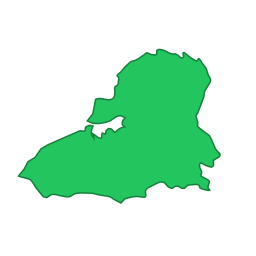 the Province of Cienfuegos, rotated 103°
{"feature_id": "CUB-1319", "entity_name": "Cienfuegos", "entity_type": "Province", "adm_level": 1, "iso_a3": "CUB", "parent_name": "Cuba", "parent_adm1": "", "projection": "equal_earth", "projection_center": [-80.492, 22.206], "detail": "fine", "context": "isolated", "style": "filled", "palette": "green", "viewbox_px": 256, "rotation_deg": 103, "n_neighbors": 0, "source": "natural_earth", "source_scale": "10m", "svg_char_len": 3126}
<svg xmlns="http://www.w3.org/2000/svg" viewBox="0 0 256 256"><g transform="rotate(103 128 128)"><path d="M199.6,223.7L198.9,223.6L191.2,219.9L183.2,217.8L177.7,212.0L167.9,208.1L162.1,201.9L141.7,174.5L141.3,173.4L141.3,172.1L141.2,170.7L140.4,169.3L139.6,169.1L137.3,169.6L136.5,169.3L134.5,167.0L133.9,165.4L134.0,162.4L136.6,163.1L139.9,162.9L143.1,161.7L145.6,159.0L142.7,159.9L141.7,160.6L142.4,158.4L143.5,156.3L144.2,154.2L144.2,152.1L142.7,151.4L140.5,152.1L138.8,152.0L139.0,148.7L135.3,148.7L132.9,146.9L132.7,143.8L135.4,140.0L130.9,136.5L129.1,134.4L127.7,131.4L126.4,134.0L124.1,134.9L121.3,134.5L118.6,133.0L117.6,138.3L119.4,141.8L125.0,146.9L127.8,151.6L130.2,157.3L131.4,163.4L130.3,169.3L122.2,165.5L107.3,166.0L105.9,163.3L105.5,161.7L105.2,158.9L105.1,154.5L104.9,153.2L104.5,152.0L104.0,151.0L102.6,149.2L101.4,148.6L99.4,148.4L95.5,149.0L92.8,149.9L91.1,150.0L90.2,149.6L89.0,148.1L88.0,147.6L86.3,147.6L84.9,147.9L81.9,148.0L81.2,148.3L80.6,148.9L80.2,149.7L79.6,150.3L78.9,150.3L77.6,149.6L75.0,147.6L68.5,144.3L62.6,140.1L60.5,136.2L58.2,133.5L50.4,126.5L51.2,121.9L51.0,119.8L50.7,118.8L50.6,117.7L50.4,117.1L50.0,116.8L49.3,116.8L46.3,117.3L45.5,117.0L45.0,116.5L44.6,115.7L44.3,114.4L44.1,112.1L44.3,110.2L44.7,108.0L45.7,104.5L45.9,102.5L45.9,101.2L45.4,99.6L45.1,98.6L45.4,97.3L45.9,95.8L47.4,93.0L47.7,91.7L47.4,90.7L46.7,90.2L46.2,90.0L45.7,90.0L45.1,90.2L44.2,90.7L43.3,91.1L42.5,91.2L42.1,91.0L41.9,90.5L42.3,89.2L45.2,83.3L45.9,81.6L47.1,77.5L47.2,76.4L46.9,75.9L46.1,75.4L45.2,75.2L44.6,74.9L44.6,74.4L46.0,72.3L48.2,70.3L49.2,69.1L49.8,68.3L52.0,65.7L53.2,64.8L57.1,62.5L59.4,60.8L60.1,60.0L61.7,58.6L63.2,58.3L65.3,58.4L74.7,61.5L76.1,61.6L80.5,61.1L97.7,63.4L99.5,64.2L100.4,64.4L101.6,64.3L105.8,61.8L107.1,61.3L108.2,61.0L109.8,60.8L110.6,60.5L111.4,59.5L112.6,57.4L116.7,47.8L117.3,46.8L121.1,43.6L128.9,37.9L131.2,34.7L131.7,33.7L132.4,32.9L133.3,32.3L134.8,32.4L135.8,32.9L140.3,37.5L144.9,36.3L146.5,36.7L147.4,38.1L147.3,41.7L146.9,44.1L146.0,47.4L145.8,48.5L146.0,49.2L146.3,49.8L147.1,50.1L148.1,50.0L150.2,49.2L151.4,48.4L153.5,46.7L154.4,46.3L155.4,46.2L156.8,46.3L157.9,46.2L158.5,45.8L158.8,45.1L160.2,39.5L160.9,37.8L161.5,36.9L162.2,36.6L163.3,36.6L165.9,36.9L167.1,36.8L168.2,36.6L168.8,36.1L169.6,34.9L170.1,34.4L170.5,35.2L170.8,36.8L170.8,41.2L170.5,43.4L170.1,44.6L169.5,44.9L168.8,45.2L168.2,45.6L167.6,46.2L167.5,47.5L167.8,49.7L169.8,55.7L170.5,57.0L174.1,59.5L174.6,62.1L173.9,64.3L173.6,66.1L173.7,67.5L174.5,69.3L175.8,70.2L176.5,71.1L177.0,72.2L176.4,75.5L172.9,80.4L173.0,83.1L173.6,84.7L174.8,86.7L181.6,94.9L183.9,96.4L185.2,96.8L186.6,96.6L189.4,95.5L190.3,95.4L191.1,95.6L191.5,96.1L191.9,97.0L192.5,102.6L193.0,104.9L194.0,107.8L195.7,111.5L197.9,115.3L202.7,118.0L200.6,126.0L199.9,127.5L199.2,129.6L199.0,131.9L199.7,141.6L199.6,146.5L199.7,148.7L201.7,158.6L202.7,162.0L204.0,165.1L207.4,168.7L208.5,170.5L208.9,172.5L209.2,179.2L209.1,183.0L209.4,185.4L210.0,187.6L213.8,191.2L214.1,191.7L214.0,195.1L207.2,203.9L202.1,209.0L200.9,210.7L200.2,212.0L200.0,213.3L199.6,223.7L199.6,223.7Z" fill="#22c55e" stroke="#15803d" stroke-width="1.5"/></g></svg>